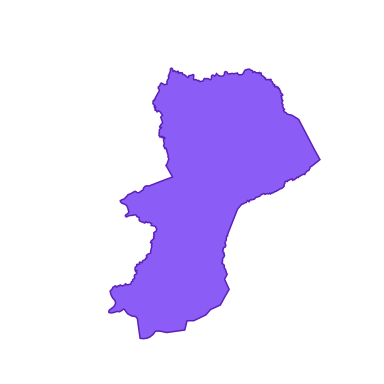 Cedros, Francisco Morazán, Honduras, rotated 333°
{"feature_id": "27666195B52498637855734", "entity_name": "Cedros", "entity_type": "district", "adm_level": 2, "iso_a3": "HND", "parent_name": "Honduras", "parent_adm1": "Francisco Morazán", "projection": "albers", "projection_center": [-87.205, 14.525], "detail": "fine", "context": "isolated", "style": "filled", "palette": "violet", "viewbox_px": 384, "rotation_deg": 333, "n_neighbors": 0, "source": "geoboundaries", "source_scale": "gbopen_adm2", "svg_char_len": 6027}
<svg xmlns="http://www.w3.org/2000/svg" viewBox="0 0 384 384"><g transform="rotate(333 192 192)"><path d="M85.8,280.1L79.3,298.8L82.0,300.6L85.4,301.8L88.4,302.1L93.1,301.1L95.7,299.6L96.5,299.5L100.3,301.4L105.6,305.7L122.9,311.7L129.1,304.5L135.2,307.5L148.6,307.8L155.2,305.1L165.9,305.6L173.2,300.6L180.9,295.6L181.4,284.5L186.0,281.3L186.1,280.9L186.0,279.6L186.6,276.7L186.4,273.6L187.2,272.7L187.4,271.7L186.9,270.1L186.3,269.3L186.3,268.9L187.6,268.0L187.9,266.9L188.4,266.5L189.1,265.1L190.5,264.7L192.2,263.3L192.4,262.6L192.0,261.9L192.8,261.2L192.9,260.7L192.3,259.0L193.0,258.0L193.6,257.8L194.0,256.6L195.2,256.0L196.6,256.1L197.7,255.3L197.7,254.3L198.3,253.7L198.2,252.8L198.6,251.8L200.7,250.4L202.7,247.1L203.6,247.3L204.0,247.0L204.4,246.0L224.7,228.0L230.3,225.6L232.8,225.8L234.1,225.6L235.4,226.0L237.8,224.8L238.2,225.3L238.2,226.3L238.4,226.6L240.5,225.3L241.5,226.1L244.5,226.7L246.3,225.8L249.9,226.5L250.8,226.4L252.0,225.9L255.0,225.9L255.7,226.4L255.9,227.2L258.1,227.5L259.5,228.5L260.7,228.3L261.0,229.4L261.9,229.1L264.6,229.6L265.1,229.3L266.4,229.2L266.8,229.6L267.2,229.7L268.6,229.4L270.1,229.5L271.7,229.1L273.4,229.6L275.8,229.1L276.6,228.7L277.0,228.3L277.5,227.1L278.6,226.5L279.3,225.4L280.2,225.0L280.6,225.0L281.3,225.8L281.9,226.0L282.8,225.2L284.2,225.6L285.5,225.4L286.7,225.5L287.0,225.7L286.8,226.7L287.0,227.3L288.2,227.1L289.0,227.6L290.2,227.1L291.4,227.1L292.2,226.5L293.5,227.4L294.3,226.7L295.7,226.9L298.8,226.6L300.4,227.6L300.8,227.3L300.9,226.9L304.0,225.6L305.6,225.8L306.3,225.5L307.9,224.3L308.3,223.5L311.2,223.2L320.7,221.2L320.3,208.5L320.0,175.7L315.8,168.8L313.7,167.2L312.2,165.6L311.7,163.8L310.5,162.3L310.5,161.0L312.0,160.3L311.3,159.1L311.7,158.2L311.5,156.9L312.7,155.6L312.4,153.4L314.5,151.7L313.8,150.5L314.4,150.1L314.4,149.0L315.0,148.4L314.7,147.9L315.2,147.4L315.2,146.7L315.5,146.6L316.5,147.0L316.9,146.8L316.7,145.2L315.9,143.8L316.7,142.5L316.3,141.1L316.7,140.1L316.4,138.7L315.8,138.7L315.6,138.4L316.2,137.9L316.2,137.7L315.7,137.3L315.5,136.8L315.0,136.6L314.8,135.9L313.8,136.1L313.5,135.8L313.4,135.0L314.3,133.9L313.4,133.2L313.5,130.0L312.8,128.7L313.5,127.6L312.5,127.0L311.9,127.2L310.8,126.2L309.2,125.7L308.7,125.2L308.7,124.8L309.2,123.9L308.5,123.6L308.5,122.4L308.2,121.5L306.8,119.5L307.6,117.8L307.6,117.3L307.1,117.0L306.1,117.0L306.1,116.0L305.2,116.2L304.6,115.5L303.1,114.8L302.5,113.2L300.5,113.0L300.9,112.1L300.8,111.1L299.7,110.2L299.1,108.8L298.6,108.4L296.9,107.8L294.5,107.5L291.0,109.8L289.9,110.1L288.9,109.9L286.6,108.5L286.5,106.6L283.0,105.6L281.6,104.5L277.9,103.4L277.6,102.5L277.7,101.2L276.4,99.8L275.2,100.3L274.0,102.3L271.9,102.6L270.3,102.0L268.4,100.1L267.6,97.6L265.8,98.8L264.9,99.0L263.8,97.4L263.2,97.1L262.5,97.3L261.9,97.8L260.5,100.0L259.5,100.4L259.1,100.2L257.8,98.2L255.5,97.2L254.7,96.5L253.7,96.8L253.3,97.4L252.0,98.1L249.1,97.1L248.7,95.7L248.3,95.4L247.5,95.4L246.5,93.5L245.0,93.1L244.5,92.7L244.7,92.0L246.7,88.6L246.5,88.1L245.9,87.7L244.1,87.7L242.3,86.9L241.8,87.1L240.9,88.2L240.1,88.0L238.8,84.6L237.1,82.6L237.4,81.7L237.3,81.2L235.6,80.3L234.1,80.2L233.8,79.6L234.5,78.9L234.3,77.9L232.5,77.9L232.0,77.4L231.6,76.1L229.9,75.9L230.5,73.8L230.4,72.8L230.0,72.4L229.2,72.3L228.6,72.6L227.3,74.9L225.2,76.5L224.4,77.6L223.5,77.9L223.1,80.0L221.1,81.0L219.6,82.5L218.8,84.5L216.2,83.9L214.1,80.9L213.2,81.2L211.0,83.0L209.8,83.0L209.0,84.2L209.3,85.9L208.9,86.9L202.0,91.5L201.4,92.5L200.4,92.4L200.1,93.3L198.8,93.1L197.3,95.5L197.6,97.1L198.3,98.4L198.0,98.8L197.0,99.0L197.1,99.6L197.9,100.2L196.6,101.0L196.9,102.1L196.4,102.6L197.2,103.2L197.2,104.7L197.7,104.8L198.8,104.3L199.7,105.6L200.1,106.6L200.5,110.2L198.1,111.1L197.6,115.2L197.0,117.3L195.2,117.7L192.7,119.2L192.7,119.6L193.9,120.3L194.1,120.7L191.3,121.6L190.4,123.2L189.3,124.7L188.9,125.9L188.2,126.7L188.5,127.8L188.5,128.6L189.8,128.5L189.8,129.6L190.8,129.4L190.7,130.5L192.1,130.5L192.4,131.2L192.1,132.0L191.0,132.0L190.2,132.6L189.3,136.3L187.6,138.0L187.8,140.0L187.4,140.8L187.8,141.1L188.6,141.0L188.7,141.9L188.4,142.4L188.6,143.4L188.2,143.8L188.1,144.6L187.9,144.9L187.9,145.9L187.3,148.7L186.5,149.9L186.4,151.9L182.2,155.9L180.9,156.4L181.5,169.8L173.2,168.8L156.4,167.1L154.9,166.1L153.0,165.6L150.7,166.4L149.6,167.8L144.1,168.5L142.8,167.5L142.4,166.6L141.5,165.4L140.6,165.6L139.2,165.4L137.1,165.7L133.7,165.3L131.9,166.3L130.2,166.6L129.2,167.3L127.6,167.3L125.9,167.0L124.0,167.3L123.9,168.5L124.3,169.9L127.0,173.1L127.6,174.2L127.5,176.9L126.7,181.0L124.9,182.1L122.9,182.3L122.0,182.7L121.7,183.0L122.0,184.1L122.5,184.5L125.1,184.5L128.5,185.8L131.6,186.7L131.8,189.2L133.2,190.2L133.3,190.6L133.2,191.2L132.2,192.8L132.1,193.5L132.3,194.2L135.8,198.2L136.3,198.2L137.4,197.5L138.5,199.2L140.2,199.5L140.8,200.8L141.7,201.9L140.4,203.3L142.4,204.7L143.6,205.9L143.9,206.6L143.6,207.2L143.8,208.8L142.4,210.5L139.5,210.9L139.2,212.1L138.6,212.5L138.5,213.8L137.4,214.4L137.1,216.1L134.9,216.6L134.3,217.1L133.7,216.9L132.1,218.2L132.1,218.7L133.0,219.3L132.9,220.0L131.6,221.3L131.2,222.7L128.5,225.6L127.5,227.5L126.7,227.6L124.7,227.4L122.6,227.8L122.3,228.3L122.2,229.9L120.9,230.0L119.5,231.0L117.0,230.8L115.5,232.2L113.5,230.7L113.1,231.0L112.9,232.1L112.6,232.5L111.6,232.0L110.9,232.0L110.4,231.5L109.7,231.6L109.4,232.9L107.3,233.2L105.8,235.6L105.8,236.2L106.9,237.0L106.0,237.1L105.7,237.3L106.1,238.6L105.9,239.3L105.2,239.7L103.2,239.9L102.4,240.6L101.7,243.0L100.0,243.0L99.3,243.3L98.9,244.4L97.3,244.5L95.6,246.2L93.1,245.6L92.1,245.2L91.7,244.8L91.2,243.6L90.7,243.7L90.0,244.4L89.0,244.1L87.4,244.2L85.8,242.2L85.0,242.6L83.7,242.1L82.7,242.6L81.6,242.4L81.4,242.2L81.6,241.3L80.6,240.7L79.6,241.0L78.4,240.9L76.4,242.4L74.1,243.0L73.3,246.0L73.1,248.6L73.3,250.8L74.1,253.9L73.7,255.5L73.2,256.6L71.7,257.9L70.2,258.7L64.6,259.7L63.7,260.6L63.3,261.5L64.0,262.4L65.9,263.4L68.7,264.1L70.5,264.2L71.6,264.8L73.0,265.8L75.5,265.7L77.9,265.2L78.5,266.2L79.2,270.6L79.5,271.5L82.0,275.1L85.2,277.4L85.8,280.1Z" fill="#8b5cf6" stroke="#5b21b6" stroke-width="1.5"/></g></svg>